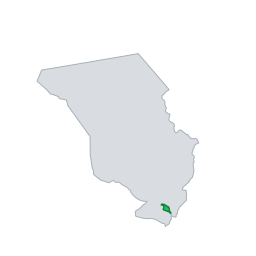 La Nya, Logone Oriental, Chad shown in context, rotated 320°
{"feature_id": "50815135B28220035440725", "entity_name": "La Nya", "entity_type": "district", "adm_level": 2, "iso_a3": "TCD", "parent_name": "Chad", "parent_adm1": "Logone Oriental", "projection": "natural_earth1", "projection_center": [16.579, 8.562], "detail": "fine", "context": "in_parent", "style": "filled", "palette": "green", "viewbox_px": 256, "rotation_deg": 320, "n_neighbors": 0, "source": "geoboundaries", "source_scale": "gbopen_adm2", "svg_char_len": 4430}
<svg xmlns="http://www.w3.org/2000/svg" viewBox="0 0 256 256"><g transform="rotate(320 128 128)"><path d="M183.6,77.6L183.7,83.2L183.8,88.8L183.8,94.4L183.9,100.0L184.0,105.5L184.0,111.1L184.1,116.7L184.1,122.3L184.2,124.1L184.0,124.9L184.0,125.0L183.8,125.1L181.2,124.6L180.1,124.6L178.6,125.0L176.3,125.2L174.8,125.1L173.8,126.1L173.0,127.2L173.4,130.0L173.3,130.9L173.0,131.9L172.3,132.7L171.6,133.3L171.2,133.9L170.7,135.2L170.4,135.8L170.4,136.5L170.3,137.4L169.9,137.8L168.8,138.1L168.1,138.5L167.6,139.1L167.2,139.5L167.4,140.1L167.7,140.9L167.8,142.1L168.0,142.9L168.5,143.4L168.8,143.9L168.9,144.4L168.6,144.8L167.3,145.7L166.8,146.0L166.2,146.5L165.0,147.5L164.6,148.3L164.3,148.9L164.3,149.8L164.8,151.1L165.4,152.2L165.6,153.0L165.7,153.9L165.7,154.8L165.4,155.5L164.9,156.2L163.1,157.5L162.3,158.9L161.6,160.6L161.4,161.5L161.6,162.1L162.0,162.7L162.5,162.9L163.3,163.0L164.6,162.7L165.8,162.5L167.0,163.2L167.7,164.6L167.5,165.6L168.0,167.5L168.4,169.8L168.4,170.6L168.6,170.8L169.4,171.0L169.5,171.5L169.3,175.5L169.7,176.7L170.2,177.5L170.8,177.9L171.4,178.4L171.7,178.8L172.5,178.9L173.2,179.6L173.5,180.6L173.4,181.5L173.0,183.5L172.6,184.9L172.1,184.8L171.2,184.5L170.1,184.2L168.7,183.9L167.3,184.5L165.9,185.2L165.5,185.8L165.1,186.1L164.4,186.0L163.9,186.1L163.5,186.6L163.0,187.2L160.9,188.4L160.5,188.8L160.3,189.2L160.3,189.7L160.5,190.6L160.5,191.8L160.0,192.8L159.5,193.4L158.9,193.7L158.4,193.8L158.0,194.2L157.0,196.4L156.5,196.8L155.5,196.7L152.8,200.0L152.6,200.9L151.6,202.3L150.3,203.8L149.2,204.5L149.1,204.8L148.8,205.1L148.1,205.4L145.7,207.3L142.8,207.2L141.5,207.9L140.3,208.3L138.4,208.6L137.9,208.6L135.6,208.7L132.8,208.7L131.8,208.9L130.8,209.6L130.1,210.3L130.0,210.5L130.0,210.9L132.0,212.4L132.4,213.2L132.0,213.9L131.7,214.0L131.4,214.6L130.3,216.3L128.6,218.3L127.7,218.9L127.3,219.3L126.9,220.6L126.6,220.8L125.4,221.0L123.1,221.1L119.9,221.5L118.0,221.7L116.8,221.6L115.1,222.5L114.5,222.7L114.1,222.8L112.4,223.7L111.1,225.1L110.6,225.3L108.6,225.9L107.8,226.9L107.5,227.0L106.2,225.7L105.4,224.6L105.0,223.4L104.9,223.0L104.7,223.1L104.0,223.6L103.4,224.2L103.1,225.3L101.1,226.1L99.4,226.7L98.6,227.5L97.4,227.9L95.8,227.7L94.6,227.4L93.4,227.3L94.0,226.3L94.2,225.6L94.3,224.6L94.2,224.0L93.5,223.7L93.1,223.2L92.0,220.3L91.0,217.3L89.5,214.4L88.0,212.5L86.8,211.4L86.4,211.2L85.8,210.9L85.4,210.6L83.3,208.6L81.1,206.3L80.6,205.3L79.5,203.8L78.3,202.2L77.6,201.5L77.3,200.2L78.2,199.1L79.1,197.6L80.2,196.6L81.6,196.6L84.0,197.0L86.6,197.1L89.1,196.8L89.7,196.6L90.4,196.6L91.8,197.0L94.1,196.9L95.3,196.3L94.0,195.3L92.6,193.7L91.3,191.9L90.5,190.3L89.7,188.3L89.1,185.8L88.7,182.5L88.7,180.6L88.9,179.3L89.7,177.1L89.2,175.9L89.3,174.9L89.2,173.3L89.0,172.6L88.1,170.1L87.9,169.8L87.1,168.0L86.7,165.1L85.8,163.2L84.3,162.3L83.5,161.2L83.2,159.2L82.6,158.6L80.3,157.9L78.4,157.9L77.0,155.7L75.2,152.8L73.5,150.1L72.4,144.7L71.8,141.6L72.5,140.7L73.9,138.5L75.7,134.3L79.7,127.8L81.7,124.5L85.7,119.6L90.7,113.5L93.5,110.0L94.0,103.8L94.5,97.1L94.8,92.1L95.3,86.2L95.7,81.2L95.9,77.6L96.3,72.5L96.7,71.5L98.6,67.5L98.8,67.0L98.4,66.3L95.6,62.9L94.8,62.1L94.3,60.3L95.0,59.3L91.7,53.6L90.9,52.9L90.5,52.2L90.5,51.2L90.4,47.2L89.6,41.0L88.4,33.7L92.3,31.7L95.3,30.1L99.0,28.1L102.5,30.1L107.5,33.1L112.6,36.1L117.6,39.0L122.7,42.0L127.7,45.0L132.8,47.9L137.8,50.9L142.9,53.9L148.0,56.8L153.1,59.8L158.2,62.8L163.2,65.7L168.3,68.7L173.4,71.7L178.5,74.6L183.6,77.6Z" fill="#d9dde1" stroke="#a8b0b8" stroke-width="1"/><path d="M102.7,213.2L102.7,213.6L102.9,214.1L103.3,214.5L103.5,214.8L103.7,215.2L103.9,215.6L104.1,215.9L104.3,216.4L104.5,216.9L104.8,217.3L105.0,217.6L105.2,218.1L105.4,218.4L105.6,218.7L105.8,219.2L105.8,219.7L105.7,220.4L105.8,220.9L106.2,220.5L106.2,220.1L106.3,219.5L106.5,218.9L106.5,218.5L106.7,217.9L106.8,217.6L107.0,217.2L107.3,216.9L107.5,216.5L107.8,216.2L107.9,215.8L108.1,215.4L108.1,215.1L108.0,214.6L108.2,214.2L108.0,213.9L107.6,213.7L107.7,213.1L107.3,212.6L107.1,212.2L107.3,211.7L107.0,211.1L106.8,210.5L106.7,210.0L106.4,209.6L106.1,209.3L105.7,208.9L105.5,208.7L105.3,208.4L104.9,208.2L104.5,208.0L104.1,208.1L103.9,207.8L104.0,208.1L104.3,208.5L104.5,208.9L104.8,209.0L104.8,209.3L104.9,209.5L105.1,209.4L105.2,209.6L105.3,209.7L105.3,209.8L105.4,210.1L105.2,210.5L105.0,211.0L104.6,211.7L104.3,212.0L103.9,212.3L103.4,212.4L103.1,212.7L103.0,212.8L102.9,213.0L102.7,213.2Z" fill="#22c55e" stroke="#15803d" stroke-width="1.5"/></g></svg>